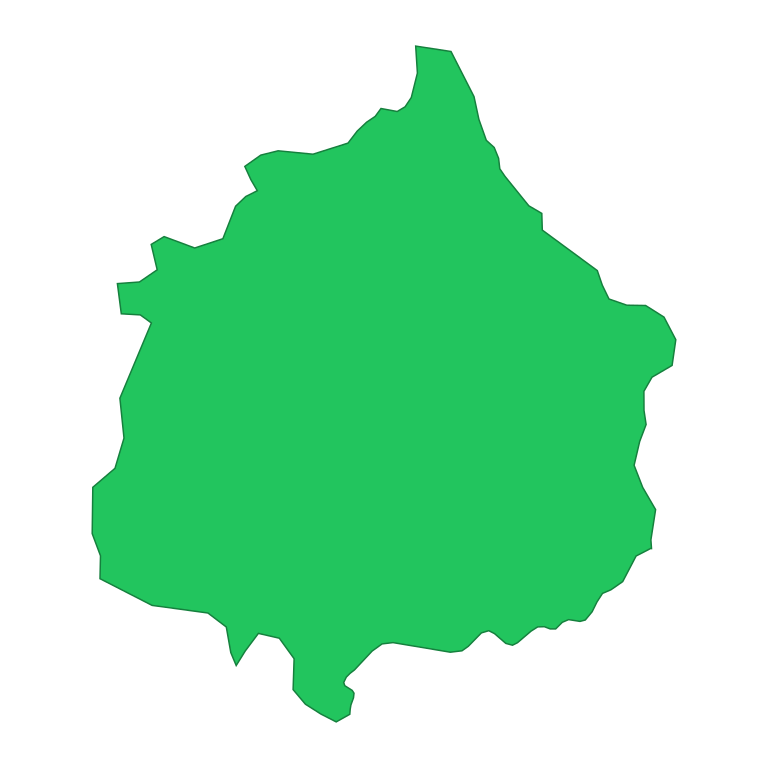 an SVG outline of Yambol
{"feature_id": "BGR-2255", "entity_name": "Yambol", "entity_type": "Province", "adm_level": 1, "iso_a3": "BGR", "parent_name": "Bulgaria", "parent_adm1": "", "projection": "orthographic", "projection_center": [26.657, 42.284], "detail": "fine", "context": "isolated", "style": "filled", "palette": "green", "viewbox_px": 768, "rotation_deg": 0, "n_neighbors": 0, "source": "natural_earth", "source_scale": "10m", "svg_char_len": 1565}
<svg xmlns="http://www.w3.org/2000/svg" viewBox="0 0 768 768"><path d="M651.5,548.6L650.6,548.5L636.1,556.0L622.7,581.6L610.9,589.8L602.5,593.4L597.0,601.9L592.1,611.8L585.3,620.0L580.0,621.4L568.6,619.6L562.3,622.3L555.7,628.9L550.1,628.9L544.4,626.7L537.7,626.9L531.1,631.1L523.7,637.4L517.5,642.7L512.5,645.2L505.8,643.4L494.5,633.6L488.8,630.7L481.4,632.9L468.3,646.3L462.0,650.8L450.3,652.2L393.0,642.6L382.1,643.9L372.2,651.0L354.5,669.9L350.1,673.3L346.3,677.1L343.7,682.5L344.8,685.7L352.2,690.4L354.0,693.2L353.5,697.8L350.9,705.0L350.2,709.3L349.8,714.3L349.4,714.5L336.2,721.9L320.8,714.0L305.4,704.2L293.1,689.6L294.1,658.7L279.3,638.2L258.4,633.4L245.3,650.9L236.2,665.5L230.8,652.6L226.3,627.0L207.9,613.0L152.1,605.4L100.0,578.7L100.5,555.8L92.2,533.6L92.8,487.3L115.0,468.3L124.0,438.1L119.9,398.2L151.4,323.0L140.3,314.9L121.3,313.8L117.4,283.6L139.4,282.0L157.2,269.8L151.2,244.4L164.1,236.6L194.7,248.0L222.9,238.7L235.6,206.2L245.8,196.5L257.3,190.7L250.9,179.7L244.8,166.4L260.8,155.1L278.1,150.8L313.0,154.2L348.0,143.1L357.2,131.1L366.6,122.2L375.2,116.4L381.0,108.5L397.2,111.5L405.1,106.8L411.3,97.5L417.4,73.1L415.7,46.1L451.0,51.5L474.0,96.6L478.9,119.4L486.3,140.3L494.2,147.5L498.6,158.3L499.8,168.8L505.0,176.4L528.8,205.8L541.8,213.4L542.3,230.1L597.3,270.6L602.3,285.2L609.0,299.0L626.8,305.2L645.6,305.5L664.0,317.1L675.8,339.7L672.1,365.4L652.0,377.2L643.9,391.3L644.0,410.4L646.1,424.5L639.7,441.4L634.1,465.3L642.7,487.4L655.6,509.6L650.9,539.9L651.5,548.4L651.5,548.6Z" fill="#22c55e" stroke="#15803d" stroke-width="1.5"/></svg>